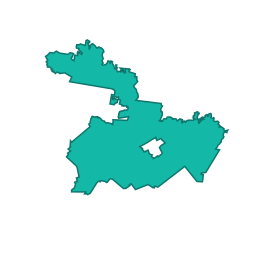 Olaines pag., Olaines, Latvia (Mercator projection), rotated 194°
{"feature_id": "27541924B81919348432461", "entity_name": "Olaines pag.", "entity_type": "district", "adm_level": 2, "iso_a3": "LVA", "parent_name": "Latvia", "parent_adm1": "Olaines", "projection": "mercator", "projection_center": [24.014, 56.772], "detail": "fine", "context": "isolated", "style": "filled", "palette": "teal", "viewbox_px": 256, "rotation_deg": 194, "n_neighbors": 0, "source": "geoboundaries", "source_scale": "gbopen_adm2", "svg_char_len": 5914}
<svg xmlns="http://www.w3.org/2000/svg" viewBox="0 0 256 256"><g transform="rotate(194 128 128)"><path d="M134.0,182.4L140.5,182.8L140.9,184.3L140.2,184.7L140.1,185.2L140.9,185.1L141.0,185.6L145.0,185.0L144.7,183.2L144.9,182.7L144.1,182.1L143.8,181.1L145.0,180.5L145.7,181.5L146.9,181.9L147.0,182.8L146.3,182.9L146.6,184.7L150.1,184.2L149.1,183.4L147.1,183.1L147.0,181.9L147.3,181.9L147.3,181.4L147.8,181.1L148.1,181.4L148.0,182.0L148.5,182.2L149.0,181.9L148.6,180.8L150.7,180.7L151.6,180.0L152.6,180.8L153.0,181.7L153.4,182.7L153.1,183.8L153.8,183.6L154.1,186.4L155.0,186.3L154.4,184.0L154.4,182.7L154.7,182.2L155.3,182.4L155.8,182.9L156.7,184.9L158.5,186.4L159.2,188.6L160.1,188.8L160.6,188.8L160.3,187.7L161.1,186.7L161.7,188.2L163.6,188.3L163.9,186.3L164.9,184.2L167.2,183.0L168.3,183.1L168.7,183.6L167.8,185.0L169.2,186.5L169.4,187.1L169.2,188.1L168.8,189.1L169.6,190.7L170.4,191.4L170.8,194.0L170.6,194.2L170.6,195.3L169.8,195.9L170.1,196.7L171.2,198.1L173.2,199.2L175.6,199.1L175.9,199.6L176.5,199.1L176.3,198.8L177.7,198.0L179.6,199.7L181.9,200.8L182.4,200.5L182.7,201.1L183.5,200.7L185.0,198.4L183.9,197.6L184.6,195.3L184.9,195.4L185.4,197.2L185.9,197.9L185.5,198.5L186.8,199.4L187.5,201.3L186.0,201.5L186.1,202.8L188.9,203.6L189.8,202.7L189.5,197.8L194.6,198.0L195.1,197.2L197.9,196.4L197.8,194.2L197.3,193.1L194.9,193.2L194.8,192.1L190.5,189.6L190.7,188.3L193.0,189.0L193.8,188.9L193.5,189.7L195.2,190.0L195.3,188.3L194.6,188.3L194.4,186.1L197.2,185.9L196.7,180.2L199.7,181.2L199.8,183.1L199.3,183.4L198.8,186.9L200.0,187.2L202.5,187.0L203.8,185.0L212.3,184.1L216.1,185.2L217.4,183.9L217.5,183.4L217.9,182.9L222.0,182.3L223.8,179.1L225.3,177.5L222.2,174.1L223.4,172.4L221.7,171.1L222.0,169.6L221.1,169.3L221.0,167.7L218.3,168.1L216.1,167.0L216.8,166.3L216.5,165.9L215.7,165.7L215.5,165.3L215.2,165.4L215.0,164.9L214.8,165.3L214.6,165.0L214.8,164.8L214.7,164.8L214.6,165.0L213.9,165.1L213.5,164.2L212.9,164.3L211.8,163.3L210.6,164.9L208.2,165.0L207.6,164.3L202.8,166.2L194.9,163.9L195.9,158.8L152.0,162.2L151.9,161.8L150.8,161.6L149.5,160.5L149.2,156.7L152.0,156.5L151.3,147.0L147.1,147.2L146.0,149.7L145.1,149.6L144.7,150.1L144.7,152.5L146.7,153.3L148.9,153.5L148.8,152.0L149.9,152.3L150.8,154.6L149.5,154.6L147.9,155.4L146.1,155.0L144.8,155.8L144.2,153.5L142.1,153.1L142.1,149.2L139.6,149.1L139.2,148.0L138.4,148.4L137.8,148.1L134.8,149.1L134.2,148.9L134.2,147.9L132.9,148.1L132.6,146.0L133.3,145.2L136.2,144.3L136.7,143.6L139.5,142.4L139.9,141.4L140.1,141.5L140.4,139.5L140.0,137.8L140.2,136.5L139.4,135.2L130.1,139.2L130.3,136.6L130.8,135.1L144.6,132.4L143.7,129.5L144.3,128.6L143.8,127.7L146.9,128.3L149.2,128.1L151.0,127.5L152.5,129.0L153.6,128.8L155.6,129.5L156.7,130.4L158.8,131.3L159.0,130.7L159.7,130.5L159.9,130.6L159.8,131.3L160.3,131.6L161.7,131.2L162.5,130.5L165.0,130.8L165.3,130.3L165.8,130.2L165.7,129.1L166.1,128.5L166.2,127.5L166.1,123.4L166.9,122.4L166.2,121.1L165.2,120.5L165.2,120.0L179.2,100.6L180.7,101.7L179.9,97.4L180.0,96.5L179.1,95.8L181.0,93.1L178.2,91.7L180.5,89.0L179.4,88.1L180.7,85.1L168.8,78.6L167.7,77.2L163.6,68.6L166.0,67.0L165.2,65.9L164.9,64.7L164.2,63.7L166.5,62.7L166.6,62.2L165.4,61.2L165.4,57.2L167.7,54.2L167.3,52.4L153.6,55.7L154.2,53.5L153.0,53.8L152.9,54.3L150.9,53.7L150.6,54.4L149.2,55.0L148.6,56.2L145.1,67.0L144.0,68.9L143.1,69.4L142.1,69.0L141.6,70.4L137.8,70.6L135.6,70.0L135.0,70.4L133.3,74.2L132.8,74.5L131.0,74.6L129.9,74.2L117.8,68.2L115.4,68.9L112.2,72.7L112.9,73.1L111.6,74.8L105.9,70.1L94.8,78.0L89.6,76.2L89.6,76.6L88.0,76.3L87.8,78.2L84.8,77.8L63.6,104.5L48.2,92.8L42.8,93.8L42.9,95.9L43.7,100.9L45.8,100.7L45.9,102.1L41.8,103.6L33.9,129.0L37.8,128.8L37.4,130.3L36.8,131.2L36.5,133.2L35.1,135.0L34.7,136.8L34.2,137.0L34.5,138.3L34.4,139.4L33.8,140.4L33.3,140.8L32.9,142.5L32.9,142.9L33.9,143.6L33.8,146.6L33.5,147.4L32.6,147.7L31.0,147.4L31.0,149.0L30.7,150.0L33.3,148.5L34.7,149.5L34.7,150.5L38.3,151.9L38.2,151.5L39.8,151.0L39.6,152.5L40.3,153.1L41.3,153.1L41.5,153.6L41.2,154.9L41.5,155.3L41.3,155.5L42.5,156.3L45.7,155.2L46.6,155.7L46.8,156.0L46.8,158.4L47.4,158.7L47.7,157.9L50.0,158.0L50.1,158.7L49.9,159.5L50.6,161.5L51.2,162.1L53.3,160.8L54.0,160.0L53.9,159.7L52.7,159.1L53.7,158.6L54.9,159.9L56.0,159.1L56.2,158.4L55.7,157.7L56.5,156.6L57.6,156.4L57.4,155.3L56.5,154.8L58.4,153.6L60.0,150.5L60.0,150.0L60.7,149.9L61.3,152.2L60.7,151.9L60.1,152.2L58.2,155.8L58.0,155.7L57.9,156.6L58.6,156.6L59.9,154.8L61.5,153.3L61.6,153.7L62.9,153.1L63.5,156.3L63.0,158.2L62.4,159.2L62.6,159.6L63.4,159.1L64.2,160.5L65.3,160.2L65.8,159.1L67.1,158.7L66.6,157.3L66.7,157.1L66.5,156.8L66.8,155.8L67.2,155.9L67.6,155.3L67.0,154.5L67.4,153.6L66.6,152.9L65.1,152.9L65.0,152.6L66.0,152.1L66.8,151.2L71.4,150.2L71.4,149.7L71.9,149.7L73.0,149.0L73.2,148.7L73.1,148.1L73.5,147.6L73.9,147.5L74.1,148.2L74.8,148.4L76.8,146.0L77.3,146.2L77.3,147.2L77.0,148.2L76.7,148.5L77.2,149.2L77.9,148.9L78.8,149.1L78.8,149.4L80.0,149.3L81.9,146.8L83.7,148.5L85.6,148.0L86.6,147.4L86.7,147.9L87.4,147.8L87.8,148.5L90.0,148.9L90.5,148.4L91.7,148.5L92.5,148.0L93.1,146.1L95.3,145.6L95.9,144.9L95.8,143.6L96.3,143.1L97.0,143.2L97.1,142.4L98.6,142.5L99.4,142.8L98.5,143.5L98.5,145.2L97.8,149.0L98.6,150.9L98.5,151.7L99.4,152.1L100.0,152.0L100.1,152.8L100.9,154.3L99.9,157.7L100.7,157.9L101.6,159.0L101.8,159.8L127.1,156.7L125.6,160.0L125.7,160.9L126.0,161.9L126.4,162.3L126.6,163.4L128.2,165.0L129.1,166.9L129.8,167.8L130.5,168.0L132.8,170.0L129.9,175.4L131.9,178.1L131.4,178.7L131.8,179.7L132.6,179.8L133.5,179.3L134.1,179.5L133.9,181.2L134.0,182.4ZM98.2,105.8L98.2,107.1L97.9,107.7L101.0,108.1L103.2,111.4L106.5,108.6L107.4,109.7L108.7,110.3L108.6,110.5L109.3,111.0L109.0,111.6L112.1,112.7L105.3,119.0L103.8,120.8L98.7,125.7L98.3,125.1L98.2,124.3L97.0,122.9L93.5,125.8L92.4,124.8L88.3,122.4L91.4,119.3L92.8,116.7L88.6,111.8L88.7,111.3L91.7,107.5L92.4,108.1L92.7,108.0L95.2,104.9L95.9,104.6L95.8,105.1L98.2,105.8Z" fill="#14b8a6" stroke="#0f766e" stroke-width="1.5"/></g></svg>